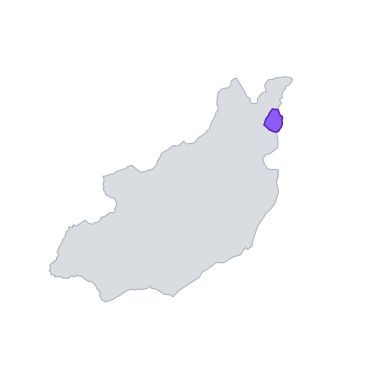 Erdenecagaan, Sühbaatar, Mongolia shown in context, rotated 307°
{"feature_id": "93677404B19681848213060", "entity_name": "Erdenecagaan", "entity_type": "district", "adm_level": 2, "iso_a3": "MNG", "parent_name": "Mongolia", "parent_adm1": "Sühbaatar", "projection": "orthographic", "projection_center": [115.133, 46.001], "detail": "fine", "context": "in_parent", "style": "filled", "palette": "violet", "viewbox_px": 384, "rotation_deg": 307, "n_neighbors": 0, "source": "geoboundaries", "source_scale": "gbopen_adm2", "svg_char_len": 4910}
<svg xmlns="http://www.w3.org/2000/svg" viewBox="0 0 384 384"><g transform="rotate(307 192 192)"><path d="M43.3,125.1L44.4,125.5L46.4,124.8L47.2,123.1L48.0,122.4L51.9,123.2L53.4,124.4L54.1,123.4L54.4,123.3L55.0,124.6L56.0,124.5L56.8,124.3L57.8,123.1L59.0,123.8L61.7,123.1L62.5,120.5L63.6,120.2L65.8,120.3L66.4,119.2L66.9,119.0L68.5,119.2L71.5,118.7L72.7,119.0L74.0,118.1L76.7,117.3L80.3,117.6L80.8,117.0L84.6,115.5L88.0,116.5L89.5,114.6L90.1,114.6L91.6,117.8L92.7,117.7L93.3,116.9L94.7,117.3L94.8,119.2L95.3,120.1L105.1,123.6L105.2,124.3L104.6,128.6L106.0,130.9L106.1,132.0L109.0,132.4L110.2,134.4L112.6,134.9L113.7,135.7L116.5,134.8L117.0,135.0L117.6,135.9L118.9,135.6L120.8,137.6L122.5,137.7L123.2,138.5L124.3,138.3L126.7,139.3L128.2,141.9L129.6,142.1L131.5,141.0L132.2,140.1L134.7,140.2L136.3,139.5L137.4,138.8L139.4,135.9L140.4,132.7L139.4,131.9L138.6,130.6L138.4,128.7L138.6,127.4L137.9,125.3L138.2,124.4L139.3,122.9L140.2,120.4L141.4,119.1L143.1,118.7L143.5,117.7L145.0,115.9L147.8,115.3L149.7,113.4L151.0,111.3L151.9,112.7L154.8,114.9L157.4,116.2L158.8,118.2L163.5,119.6L170.8,124.9L172.5,125.0L177.0,127.5L177.3,128.1L176.7,131.1L177.0,131.9L176.6,135.2L177.2,136.9L176.6,138.8L177.0,139.4L178.1,139.9L179.7,142.2L183.9,144.3L185.0,145.8L187.8,147.1L189.5,146.8L192.0,147.5L192.9,147.4L194.8,146.1L195.9,145.8L201.8,145.3L203.5,144.5L204.6,144.4L209.0,146.0L212.0,147.8L216.6,148.2L218.5,150.1L219.2,151.8L220.9,153.4L227.2,154.6L227.5,155.0L227.0,158.3L227.2,158.9L231.1,163.0L232.9,164.3L238.9,164.5L247.8,167.6L250.1,167.0L251.9,168.3L252.7,168.2L258.8,165.5L259.7,165.7L265.9,164.8L269.9,163.3L272.9,163.5L275.3,162.3L276.4,159.6L280.3,156.7L287.2,152.9L291.3,153.5L293.8,154.9L296.3,157.6L297.8,158.4L300.5,158.6L304.4,156.7L306.5,157.1L308.4,157.9L309.6,159.3L303.7,173.8L303.6,174.6L301.6,177.7L301.4,182.5L298.8,184.2L299.2,186.9L299.7,188.0L302.5,190.7L303.5,190.3L304.3,189.2L305.8,188.1L308.6,188.4L311.0,187.9L314.0,188.7L316.9,190.9L320.8,185.9L324.5,185.2L327.9,185.7L330.7,188.9L333.9,190.2L334.8,192.1L336.1,192.8L336.5,193.7L340.5,197.3L341.4,199.7L342.6,201.4L342.7,203.2L342.5,204.2L340.9,205.2L335.4,205.0L332.2,203.4L331.0,204.5L326.8,204.3L324.5,205.1L322.9,205.9L322.0,207.1L321.3,207.4L320.5,207.4L319.3,206.4L318.2,206.5L317.9,206.7L317.2,209.8L313.6,209.9L312.4,209.5L309.4,211.0L309.0,212.2L307.4,213.9L306.0,217.0L306.3,218.3L305.9,219.1L303.2,220.8L300.6,223.3L295.3,224.3L292.8,224.5L290.9,223.9L289.1,224.3L287.6,227.0L284.1,230.4L278.9,233.6L269.8,231.4L268.7,230.8L266.9,228.7L261.6,228.4L260.0,229.7L258.6,231.8L256.0,238.4L257.9,242.3L260.3,244.9L261.2,246.7L261.2,248.2L259.4,248.8L256.9,251.2L251.1,253.2L244.2,261.1L232.5,265.2L225.5,265.0L220.0,264.1L204.8,264.9L194.6,268.1L187.0,271.0L185.2,272.5L184.5,272.7L183.2,271.9L179.4,271.1L179.8,268.0L171.1,268.6L164.8,263.9L155.4,260.2L153.6,259.0L150.9,254.4L149.3,253.5L145.1,252.6L133.9,248.6L128.2,249.1L105.6,240.9L97.0,239.9L96.7,239.4L96.8,236.7L93.8,231.8L93.5,230.6L93.6,229.1L92.4,220.2L90.7,218.4L91.8,215.1L88.8,214.6L85.8,212.4L83.0,209.1L81.8,206.9L79.6,205.8L77.5,201.8L76.3,200.8L69.7,197.5L66.1,196.8L62.6,194.9L58.4,193.4L57.2,192.3L56.0,192.0L53.9,189.9L52.2,189.6L51.6,184.4L53.0,181.7L54.3,180.2L57.0,178.3L57.2,177.3L57.2,174.7L59.5,171.0L59.9,168.3L59.8,165.1L58.6,163.9L57.8,159.3L58.2,156.1L58.0,153.7L56.4,151.8L56.3,149.7L55.8,149.4L55.1,149.8L53.9,149.7L53.0,148.1L52.8,146.5L52.2,145.9L50.9,145.5L49.5,145.7L48.3,145.0L47.5,143.4L45.2,140.5L45.6,139.1L45.5,138.1L44.7,137.5L44.1,136.2L41.7,134.0L41.8,133.3L43.1,132.2L41.6,130.3L41.3,128.8L43.0,127.6L42.9,126.3L43.3,125.1Z" fill="#d9dde1" stroke="#a8b0b8" stroke-width="1"/><path d="M288.7,217.6L288.7,217.8L288.7,218.0L288.7,218.3L288.8,218.3L289.1,220.5L289.7,221.6L290.9,223.4L290.9,223.6L291.0,223.7L291.3,223.8L291.7,223.9L292.2,224.2L292.7,224.4L293.1,224.5L293.4,224.5L293.5,224.5L293.6,224.4L293.7,224.5L293.8,224.5L294.5,224.3L295.3,224.2L295.8,224.3L296.1,224.3L297.0,224.3L297.3,224.3L298.0,224.1L298.7,223.9L299.4,223.6L300.2,223.4L300.7,223.3L301.1,223.0L301.3,222.7L301.8,222.3L302.1,222.0L302.5,221.5L302.9,221.0L303.2,220.8L303.9,220.4L304.1,220.3L304.1,220.0L304.6,220.0L304.8,220.1L305.1,220.1L305.4,220.0L305.6,219.9L305.8,219.7L306.0,219.4L306.0,219.1L306.3,218.9L306.5,218.7L306.6,218.2L306.6,217.9L306.7,217.7L306.5,217.4L306.4,217.3L306.2,217.2L306.4,216.8L306.4,216.5L306.5,215.9L306.6,215.6L307.0,214.9L307.3,214.4L307.7,213.8L307.9,213.5L307.9,213.4L308.0,213.3L308.4,213.0L308.6,212.6L309.0,212.1L309.5,211.6L309.6,211.0L309.3,211.0L308.7,209.9L307.6,207.8L306.7,206.2L304.3,206.3L303.3,206.3L302.2,206.4L301.1,206.3L300.8,206.6L300.0,207.0L298.4,206.9L296.2,207.0L295.3,206.9L294.6,207.1L293.1,207.6L291.3,208.4L290.0,208.7L288.9,209.0L289.0,210.1L288.7,212.1L288.5,214.2L288.2,216.6L288.5,216.8L288.5,217.0L288.6,217.3L288.7,217.5L288.7,217.6Z" fill="#8b5cf6" stroke="#5b21b6" stroke-width="1.5"/></g></svg>